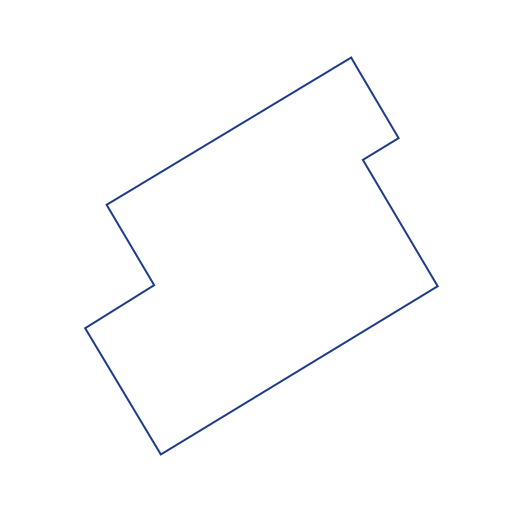 outline of Hickory, Missouri, United States of America, rotated 147°
{"feature_id": "52423323B37478896946930", "entity_name": "Hickory", "entity_type": "district", "adm_level": 2, "iso_a3": "USA", "parent_name": "United States of America", "parent_adm1": "Missouri", "projection": "natural_earth1", "projection_center": [-93.331, 37.938], "detail": "fine", "context": "isolated", "style": "outline", "palette": "blue", "viewbox_px": 512, "rotation_deg": 147, "n_neighbors": 0, "source": "geoboundaries", "source_scale": "gbopen_adm2", "svg_char_len": 283}
<svg xmlns="http://www.w3.org/2000/svg" viewBox="0 0 512 512"><g transform="rotate(147 256 256)"><path d="M438.6,288.5L443.9,141.4L120.1,131.7L114.0,278.4L72.2,277.2L68.8,357.1L68.1,370.6L353.4,380.3L357.3,287.0L438.6,288.5Z" fill="none" stroke="#1e3a8a" stroke-width="2"/></g></svg>